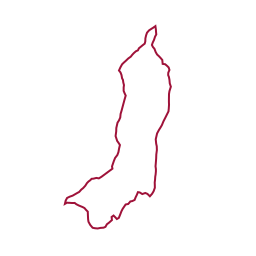 outline of Urânia, São Paulo, Brazil, rotated 15°
{"feature_id": "56859067B79716991712653", "entity_name": "Urânia", "entity_type": "district", "adm_level": 2, "iso_a3": "BRA", "parent_name": "Brazil", "parent_adm1": "São Paulo", "projection": "equal_earth", "projection_center": [-50.659, -20.197], "detail": "fine", "context": "isolated", "style": "outline", "palette": "rose", "viewbox_px": 256, "rotation_deg": 15, "n_neighbors": 0, "source": "geoboundaries", "source_scale": "gbopen_adm2", "svg_char_len": 2151}
<svg xmlns="http://www.w3.org/2000/svg" viewBox="0 0 256 256"><g transform="rotate(15 128 128)"><path d="M116.5,125.5L116.7,131.0L117.5,134.4L118.1,139.0L120.9,143.3L122.5,144.6L124.6,146.5L124.7,150.2L125.0,153.8L124.7,156.9L123.3,160.2L122.9,163.4L122.5,169.3L123.5,171.3L115.0,182.0L112.9,184.2L110.4,184.4L107.7,185.9L106.0,186.5L105.0,188.3L103.7,189.9L102.6,191.9L101.7,194.8L100.2,197.7L98.8,199.6L97.4,202.4L95.8,203.9L94.0,205.7L92.0,207.7L89.5,209.4L87.3,211.3L86.6,214.2L86.7,217.6L88.3,216.0L90.9,215.4L93.6,214.9L95.9,214.2L97.8,215.0L100.6,215.6L104.6,216.1L106.7,216.6L108.4,217.8L110.8,219.2L112.0,223.1L113.1,226.5L114.1,228.8L116.6,231.4L119.6,233.5L121.8,233.4L124.7,232.9L127.3,231.6L130.2,230.6L131.8,229.3L132.5,226.5L134.2,224.3L136.3,221.1L135.2,218.2L136.7,216.3L139.1,217.7L140.8,218.8L142.4,217.2L142.9,213.2L143.2,210.2L143.8,207.4L145.5,202.5L147.9,201.3L149.3,198.3L151.0,197.5L153.0,195.8L153.3,193.0L153.8,190.5L154.2,187.4L155.9,187.2L158.9,188.1L161.5,186.3L163.8,186.6L166.8,188.3L168.3,185.3L169.1,182.5L169.4,178.8L168.7,176.3L167.9,173.7L167.5,170.9L166.9,167.9L166.7,165.7L166.2,162.8L165.6,160.5L164.5,157.9L164.0,155.0L163.1,150.2L162.2,146.3L161.6,141.8L160.5,138.2L159.3,135.9L157.7,131.7L157.5,125.7L158.4,121.9L159.3,119.0L160.0,116.4L160.5,112.5L161.3,108.8L162.8,101.5L162.4,98.9L161.6,94.9L160.8,92.3L160.0,89.3L158.8,84.5L158.5,81.7L158.7,77.0L156.8,74.1L155.6,70.8L154.3,68.1L153.1,66.5L152.6,64.2L153.0,61.2L151.6,59.0L149.7,57.9L147.4,56.8L144.9,57.1L143.5,53.4L141.0,51.7L139.2,50.6L137.1,49.5L135.1,47.5L133.0,44.6L131.1,43.3L129.6,41.6L129.8,38.9L130.3,36.3L130.5,32.7L131.1,30.3L130.3,28.2L129.5,25.8L128.1,22.5L126.3,24.7L124.8,26.3L123.1,28.2L121.7,31.0L121.5,33.8L121.6,36.9L122.3,39.9L122.3,42.2L120.7,44.3L119.2,46.4L117.9,48.2L117.5,50.4L115.8,51.8L114.2,54.2L113.1,56.3L112.2,58.4L110.3,60.7L108.3,64.0L107.1,65.8L105.8,68.0L105.0,71.3L104.4,74.8L106.4,76.3L108.0,78.5L109.4,81.5L110.7,82.9L111.7,85.3L113.0,87.6L113.3,89.9L114.2,93.3L115.8,95.4L117.4,97.3L117.3,101.8L117.3,113.0L117.2,116.3L117.8,119.9L117.3,123.1L116.5,125.5Z" fill="none" stroke="#9f1239" stroke-width="2"/></g></svg>